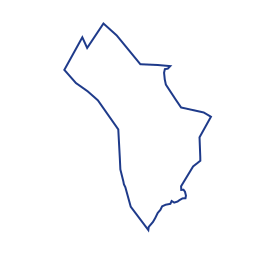 outline of Pau dos Ferros, Rio Grande do Norte, Brazil, rotated 210°
{"feature_id": "56859067B96737558006709", "entity_name": "Pau dos Ferros", "entity_type": "district", "adm_level": 2, "iso_a3": "BRA", "parent_name": "Brazil", "parent_adm1": "Rio Grande do Norte", "projection": "natural_earth1", "projection_center": [-38.202, -6.103], "detail": "fine", "context": "isolated", "style": "outline", "palette": "blue", "viewbox_px": 256, "rotation_deg": 210, "n_neighbors": 0, "source": "geoboundaries", "source_scale": "gbopen_adm2", "svg_char_len": 738}
<svg xmlns="http://www.w3.org/2000/svg" viewBox="0 0 256 256"><g transform="rotate(210 128 128)"><path d="M43.1,95.9L44.0,98.4L46.8,101.3L49.1,102.3L50.9,101.0L52.9,104.1L52.4,127.3L49.0,135.8L50.9,139.0L61.4,155.7L61.8,179.2L70.2,179.3L92.3,172.3L101.4,176.7L116.9,184.5L120.5,188.5L124.4,193.9L125.5,197.4L123.2,199.3L122.4,202.7L133.8,197.4L149.2,189.4L184.0,202.5L201.5,206.2L203.4,176.9L212.9,183.7L212.2,146.5L195.6,140.9L181.3,139.6L167.9,136.9L135.7,121.9L120.0,97.8L113.9,88.3L105.3,79.4L103.4,77.2L100.7,75.4L86.3,61.2L59.4,49.8L60.6,52.7L59.4,59.2L59.4,63.6L59.8,69.4L59.0,73.3L59.3,77.2L57.0,80.4L53.4,83.5L53.7,86.6L50.7,86.5L48.3,89.1L47.4,91.2L45.6,94.3L43.1,95.9Z" fill="none" stroke="#1e3a8a" stroke-width="2"/></g></svg>